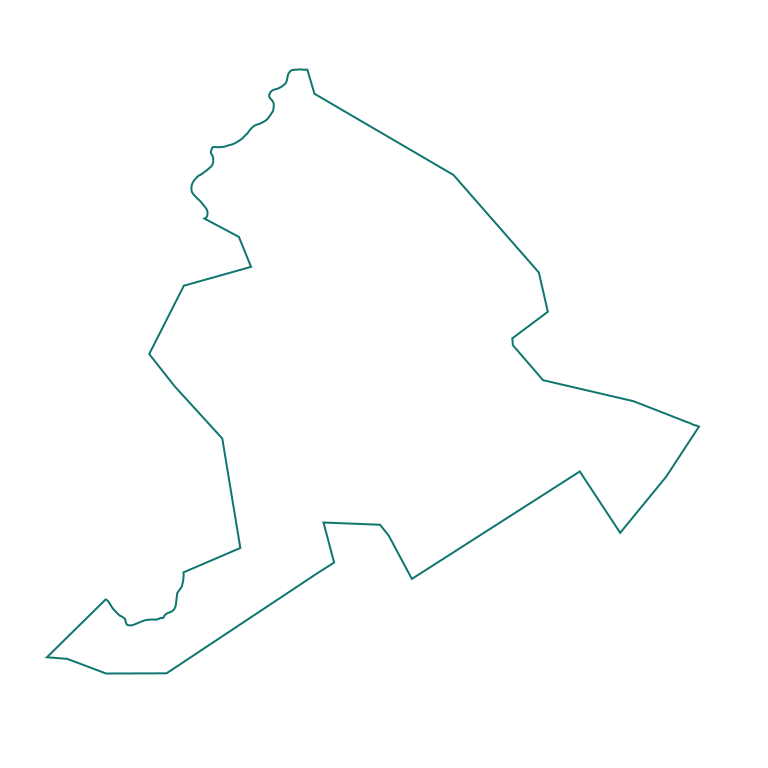 the district of Trinidad, Santa Bárbara, Honduras, rotated 184°
{"feature_id": "27666195B30534967485029", "entity_name": "Trinidad", "entity_type": "district", "adm_level": 2, "iso_a3": "HND", "parent_name": "Honduras", "parent_adm1": "Santa Bárbara", "projection": "mercator", "projection_center": [-88.214, 15.162], "detail": "fine", "context": "isolated", "style": "outline", "palette": "teal", "viewbox_px": 768, "rotation_deg": 184, "n_neighbors": 0, "source": "geoboundaries", "source_scale": "gbopen_adm2", "svg_char_len": 6088}
<svg xmlns="http://www.w3.org/2000/svg" viewBox="0 0 768 768"><g transform="rotate(184 384 384)"><path d="M701.2,87.9L680.9,87.7L641.1,75.8L580.8,80.2L435.7,191.8L421.3,202.4L434.7,241.6L378.1,243.3L368.6,232.9L342.6,191.5L182.6,310.4L138.0,252.0L96.0,311.3L66.8,363.5L67.9,363.8L69.0,364.2L70.0,364.4L71.0,364.6L72.1,364.8L72.5,364.9L73.1,365.1L74.4,365.7L77.2,366.7L77.7,366.8L79.0,367.1L133.8,384.2L225.6,398.9L258.1,431.6L259.2,438.5L225.6,467.5L237.3,506.0L329.3,597.4L435.4,649.8L473.6,668.7L482.4,692.2L483.6,692.1L484.5,692.0L485.6,692.0L486.7,691.9L488.6,692.0L489.1,692.0L489.6,692.0L490.3,691.9L491.5,691.7L493.2,691.4L494.3,691.3L496.8,690.9L497.1,690.9L497.3,690.8L497.5,690.7L497.9,690.6L498.4,690.2L498.9,689.8L499.4,689.4L499.8,688.8L500.2,688.3L500.5,687.8L500.8,687.2L501.0,686.8L501.1,686.5L501.4,685.2L501.5,684.7L501.6,684.0L501.6,683.6L501.8,682.1L501.9,681.0L502.0,680.3L502.2,679.4L502.5,678.6L502.6,678.3L502.8,677.9L503.0,677.5L503.1,677.2L503.5,676.8L503.8,676.3L504.2,675.9L504.6,675.5L505.2,674.9L505.7,674.5L506.5,673.8L507.0,673.4L507.6,673.0L508.2,672.6L509.6,671.8L510.8,671.2L511.2,671.0L511.6,670.8L512.0,670.7L513.2,670.3L513.5,670.2L514.0,670.0L514.3,669.9L514.9,669.6L515.3,669.4L515.6,669.1L516.0,668.9L516.4,668.5L516.8,668.1L517.2,667.7L517.4,667.4L517.6,667.1L517.9,666.5L518.1,666.0L518.3,665.7L518.4,665.1L518.6,664.6L518.7,664.2L518.7,663.7L518.7,663.4L518.7,663.2L518.6,662.9L518.5,662.6L518.3,662.2L518.0,661.8L517.7,661.3L517.2,660.8L516.8,660.4L515.7,659.4L515.3,658.9L515.0,658.5L514.6,658.0L514.3,657.6L514.1,657.2L513.9,656.7L513.7,656.3L513.6,655.9L513.5,655.5L513.5,655.2L513.4,654.3L513.4,653.5L513.4,652.7L513.4,651.7L513.5,651.1L513.5,650.0L513.7,649.0L513.7,648.7L513.8,648.4L514.1,647.9L514.4,647.4L515.1,646.1L515.8,644.8L516.5,643.7L517.5,642.0L518.0,641.3L518.3,640.8L518.7,640.4L519.1,639.9L519.5,639.5L520.0,639.0L520.6,638.5L521.2,638.0L521.8,637.6L522.7,637.0L523.4,636.5L524.8,635.7L525.6,635.2L526.6,634.8L527.1,634.6L528.1,634.2L529.0,633.8L529.6,633.5L530.1,633.2L531.1,632.7L531.5,632.4L532.0,632.0L532.5,631.6L533.1,631.0L533.6,630.4L534.4,629.5L535.4,628.2L535.8,627.6L536.2,627.0L536.6,626.4L537.3,625.1L537.6,624.6L537.8,624.3L538.4,623.7L539.8,622.2L540.2,621.7L540.8,621.1L542.0,619.6L542.7,618.9L543.5,618.1L543.9,617.8L544.4,617.4L547.4,615.2L549.1,614.1L549.8,613.6L550.2,613.4L550.7,613.1L552.1,612.5L553.2,612.1L554.6,611.6L557.1,610.7L558.2,610.3L559.5,609.7L559.9,609.6L560.4,609.4L561.2,609.3L562.1,609.1L563.3,609.0L564.5,608.8L566.5,608.6L567.0,608.6L567.5,608.6L568.3,608.6L569.0,608.6L569.5,608.6L569.9,608.6L570.5,608.4L570.9,608.3L571.4,608.1L571.5,608.0L571.7,607.8L571.8,607.6L571.9,607.4L572.2,606.6L572.5,605.5L572.8,604.2L572.9,603.5L572.9,603.3L572.9,602.9L572.8,602.5L572.6,602.0L572.5,601.7L572.4,601.5L572.2,601.3L572.0,601.1L571.7,600.7L571.4,600.5L571.3,600.2L571.1,600.0L570.9,599.6L570.7,598.9L570.5,598.4L570.3,597.5L570.1,596.5L570.0,595.8L569.9,594.9L569.9,594.0L569.9,593.2L570.1,592.5L570.2,591.8L570.4,591.1L570.6,590.6L570.8,590.3L571.0,589.9L571.2,589.4L571.6,588.9L571.9,588.6L572.7,587.8L573.8,586.7L575.0,585.5L576.3,584.3L579.0,582.0L580.4,580.8L580.8,580.5L581.3,580.1L581.7,579.9L582.5,579.5L583.0,579.2L583.5,578.8L583.9,578.4L584.3,578.0L584.8,577.5L585.2,577.0L586.0,576.0L586.9,574.8L587.2,574.4L587.9,573.4L588.2,572.8L588.5,572.3L588.7,571.9L588.9,571.5L589.0,571.1L589.2,570.5L589.3,570.0L589.5,569.4L589.6,568.9L589.7,568.2L589.8,567.3L589.8,566.4L589.8,565.7L589.7,565.3L589.7,564.9L589.6,564.4L589.5,563.7L589.4,563.3L589.2,562.7L589.0,562.2L588.9,562.0L588.5,561.4L588.2,561.1L587.8,560.5L587.1,559.8L585.9,558.6L585.0,557.7L584.4,557.2L583.6,556.4L583.0,555.9L582.4,555.4L581.2,554.6L580.7,554.2L580.0,553.5L579.3,552.9L578.3,551.8L576.6,550.0L576.0,549.3L574.3,547.4L573.8,546.7L573.3,546.1L572.9,545.4L572.6,544.9L572.3,544.2L572.2,543.6L572.1,543.2L572.0,542.5L571.9,541.7L572.0,540.8L572.0,540.0L572.2,539.4L572.3,538.9L572.4,538.6L572.6,538.3L572.9,537.9L573.3,537.5L573.6,537.2L574.4,536.7L574.7,536.5L539.0,520.6L524.8,491.6L590.5,468.1L620.3,397.5L592.7,367.1L541.5,318.3L515.9,210.4L570.9,182.1L570.8,181.4L570.7,180.7L570.6,180.1L570.6,179.5L570.5,178.6L570.5,177.6L570.5,176.5L570.6,175.8L570.6,174.7L570.7,174.0L570.8,173.0L570.9,171.8L571.2,170.1L571.3,169.1L571.6,167.9L571.7,167.6L571.8,167.3L572.2,166.7L573.6,164.4L575.3,161.6L575.5,161.3L575.5,161.1L575.6,160.7L575.7,160.2L575.7,159.8L575.8,159.2L575.9,156.2L576.1,151.8L576.1,151.2L576.3,149.0L576.4,148.2L576.5,147.5L576.7,146.9L576.9,146.3L577.1,145.8L577.3,145.3L577.6,144.8L577.9,144.4L578.2,143.9L578.6,143.5L579.0,143.1L579.2,142.8L579.5,142.6L580.1,142.2L580.6,141.9L581.2,141.6L582.0,141.1L582.5,140.9L583.8,140.4L584.4,140.0L584.8,139.8L585.4,139.3L585.8,138.9L586.0,138.7L586.4,138.3L586.6,138.0L586.7,137.8L586.9,137.4L587.1,136.9L587.2,136.6L587.3,136.4L587.4,136.1L587.7,135.8L587.8,135.6L588.0,135.4L588.3,135.2L588.6,135.0L588.9,134.9L589.2,135.0L589.6,135.1L589.8,135.1L590.1,135.1L590.4,135.0L590.6,135.0L590.9,134.8L591.2,134.7L591.6,134.4L592.1,134.1L592.4,134.0L592.8,133.8L593.1,133.7L594.0,133.4L594.9,133.0L595.1,133.0L595.6,133.0L596.6,133.0L597.8,132.9L599.1,132.9L600.5,132.7L601.8,132.5L603.0,132.3L604.0,132.1L604.9,131.9L605.4,131.8L606.2,131.5L606.9,131.2L607.4,131.0L608.7,130.4L610.8,129.4L616.6,126.5L617.2,126.2L617.6,126.0L618.2,125.9L618.8,125.7L619.6,125.6L620.3,125.5L621.0,125.5L621.6,125.5L622.4,125.6L622.8,125.7L623.1,125.7L623.3,125.8L623.5,125.9L623.6,126.0L623.9,126.4L624.5,127.4L624.8,127.9L624.9,128.3L625.1,128.7L625.2,129.0L625.3,129.4L625.5,130.3L625.6,130.7L625.8,131.1L626.0,131.4L626.3,131.7L626.4,131.9L626.6,132.1L626.9,132.3L627.4,132.6L628.0,133.0L628.6,133.4L629.0,133.6L629.5,133.8L630.2,134.1L631.0,134.4L631.6,134.6L632.3,135.2L632.7,135.5L633.6,136.2L634.5,137.1L636.5,138.9L637.4,139.8L638.0,140.3L638.9,141.2L639.3,141.7L639.8,142.3L640.8,143.7L641.9,145.2L642.9,146.8L643.1,147.1L644.4,148.3L644.6,148.5L644.9,148.8L645.4,149.1L645.9,149.4L646.6,149.7L701.2,87.9Z" fill="none" stroke="#0f766e" stroke-width="2"/></g></svg>